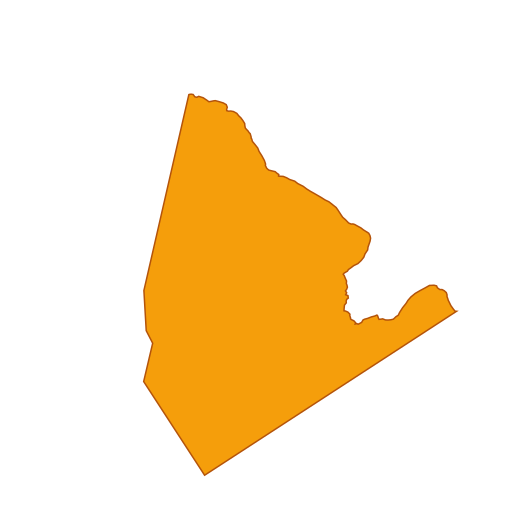 the district of Ngeiungel, Palau, rotated 154°
{"feature_id": "81905179B59978558639999", "entity_name": "Ngeiungel", "entity_type": "district", "adm_level": 2, "iso_a3": "PLW", "parent_name": "Palau", "parent_adm1": "", "projection": "orthographic", "projection_center": [134.62, 7.699], "detail": "fine", "context": "isolated", "style": "filled", "palette": "amber", "viewbox_px": 512, "rotation_deg": 154, "n_neighbors": 0, "source": "geoboundaries", "source_scale": "gbopen_adm2", "svg_char_len": 2294}
<svg xmlns="http://www.w3.org/2000/svg" viewBox="0 0 512 512"><g transform="rotate(154 256 256)"><path d="M412.0,192.4L398.3,81.5L100.0,118.4L101.3,119.2L101.9,121.8L102.6,126.0L102.6,128.9L102.6,132.1L102.3,133.8L102.1,135.8L101.3,137.4L101.0,139.7L102.0,142.2L103.1,143.8L103.4,144.2L105.5,145.3L106.9,147.9L106.8,150.0L108.8,151.7L113.0,153.5L118.2,153.2L123.6,153.0L129.2,152.6L134.7,151.3L138.9,149.5L141.9,147.6L146.8,145.3L151.7,142.3L154.1,140.4L156.8,140.1L160.2,139.0L162.9,139.6L165.5,140.6L167.7,141.8L169.7,144.0L170.8,144.3L173.2,145.1L173.2,146.6L172.9,148.8L173.2,149.9L175.6,150.0L179.1,150.7L183.0,151.0L186.1,151.6L187.8,151.6L190.2,150.0L194.1,149.9L195.0,151.0L196.6,151.4L195.7,152.2L196.4,154.8L197.8,156.6L198.6,157.8L198.1,159.2L197.8,161.5L197.1,162.5L198.0,165.3L199.7,167.3L200.9,168.2L200.0,169.9L198.0,173.1L195.4,174.3L194.7,176.0L193.5,177.3L191.5,177.7L190.7,180.1L192.4,181.9L190.6,183.2L190.9,185.4L189.2,186.3L187.5,187.9L187.0,190.0L186.9,191.6L185.6,193.8L185.5,197.0L185.3,199.5L185.6,201.4L184.3,202.0L180.5,202.3L178.9,203.3L175.3,203.9L172.4,204.5L167.7,204.5L163.5,205.8L159.7,207.6L157.1,210.1L153.0,212.5L151.5,214.8L149.5,216.8L147.0,219.3L145.2,221.8L144.6,224.5L144.7,227.1L148.0,232.4L149.4,235.3L152.0,238.9L153.5,241.1L154.8,242.3L156.5,243.0L158.3,245.1L159.6,249.2L161.1,252.8L161.6,256.2L162.2,261.2L162.7,264.4L164.5,268.2L166.7,272.8L169.2,275.9L170.7,278.3L171.2,279.2L176.3,286.8L178.6,290.1L181.1,294.1L183.0,297.9L186.7,302.8L188.4,306.3L192.2,310.0L194.1,312.8L196.6,315.6L199.7,317.3L200.7,317.9L199.8,319.3L200.8,321.0L201.8,323.4L205.2,326.2L206.9,327.7L207.9,330.1L207.9,333.3L207.1,334.4L206.6,338.2L206.8,343.3L207.0,345.2L207.4,348.6L207.1,352.3L208.0,356.5L209.0,360.6L208.5,363.0L208.7,363.8L208.1,365.5L207.6,368.5L208.1,369.9L208.4,372.1L209.1,374.1L209.5,375.8L208.8,378.3L208.1,380.0L208.4,383.3L209.0,386.7L210.1,389.7L210.7,392.6L212.9,395.7L215.2,397.4L217.2,398.2L218.6,399.5L218.1,400.7L216.6,402.3L216.4,405.1L218.3,407.9L221.7,411.1L224.5,413.5L226.3,414.1L228.7,414.7L230.7,415.3L231.9,417.6L234.1,421.4L235.9,423.1L237.5,424.6L239.6,424.6L241.2,425.9L241.7,428.7L243.4,429.9L245.2,430.5L245.6,430.5L371.9,274.1L387.4,237.0L387.1,222.9L412.0,192.4Z" fill="#f59e0b" stroke="#b45309" stroke-width="1.5"/></g></svg>